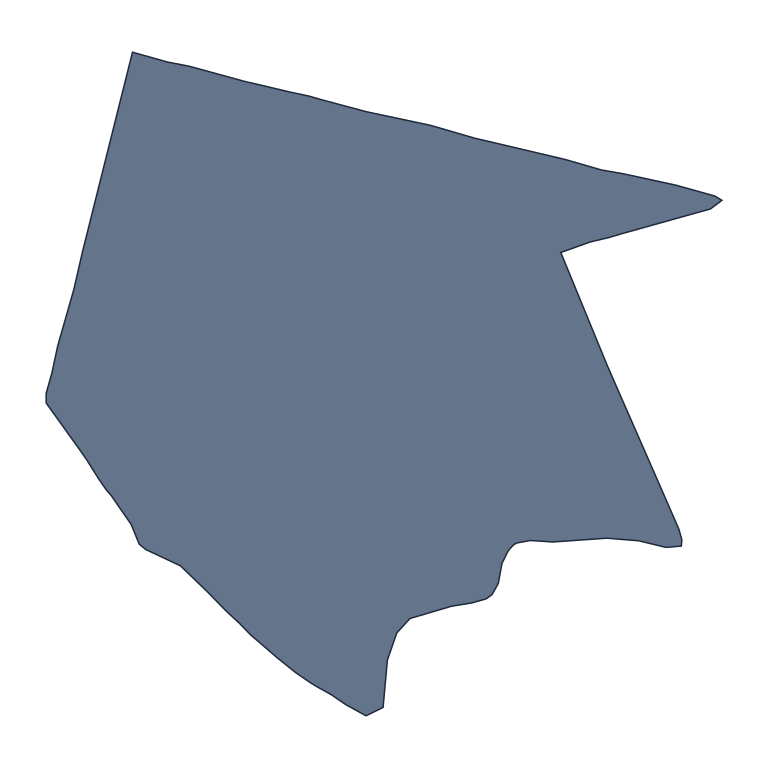 the district of Tactic, Alta Verapaz, Guatemala
{"feature_id": "79465075B42752756974630", "entity_name": "Tactic", "entity_type": "district", "adm_level": 2, "iso_a3": "GTM", "parent_name": "Guatemala", "parent_adm1": "Alta Verapaz", "projection": "albers", "projection_center": [-90.334, 15.294], "detail": "fine", "context": "isolated", "style": "filled", "palette": "slate", "viewbox_px": 768, "rotation_deg": 0, "n_neighbors": 0, "source": "geoboundaries", "source_scale": "gbopen_adm2", "svg_char_len": 1058}
<svg xmlns="http://www.w3.org/2000/svg" viewBox="0 0 768 768"><path d="M132.5,52.2L82.5,251.7L73.9,289.2L57.7,346.0L51.9,373.0L46.1,393.5L46.2,403.1L56.7,417.7L68.1,433.6L79.5,449.5L87.0,460.3L94.4,472.1L99.7,480.4L106.3,489.9L111.4,495.8L131.2,524.5L139.2,544.1L145.7,549.5L180.5,565.9L208.2,592.6L225.7,610.6L239.4,623.3L251.2,635.5L258.6,641.7L277.1,657.7L295.8,672.7L310.0,682.5L316.9,686.7L331.4,694.8L345.9,704.7L366.0,715.8L383.1,707.4L387.4,660.1L396.8,632.9L410.0,618.5L451.3,606.3L472.0,602.9L486.3,598.8L492.2,594.4L498.3,583.4L502.0,563.4L507.6,552.0L509.6,549.1L511.9,546.6L514.0,544.6L516.8,543.0L530.4,540.5L552.8,542.0L606.8,538.2L638.7,540.8L666.0,547.4L681.3,546.1L681.9,540.0L679.0,529.4L657.7,480.6L607.5,366.1L560.8,252.5L589.8,242.1L609.7,237.3L621.8,233.7L710.5,208.9L721.9,200.3L715.0,196.1L676.4,185.3L624.4,174.0L601.1,169.9L565.7,159.6L474.0,138.0L430.7,125.4L366.3,111.7L320.4,99.4L309.4,96.2L288.8,91.8L268.3,86.9L243.8,81.2L189.5,66.3L167.7,62.1L138.5,53.9L132.5,52.2Z" fill="#64748b" stroke="#1e293b" stroke-width="1.5"/></svg>